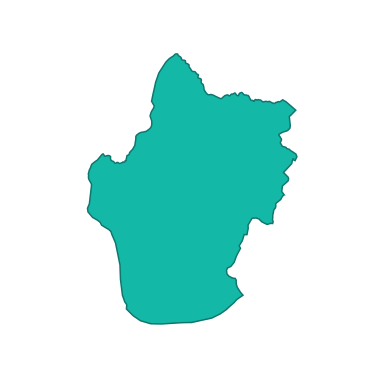 Wusab As Safil, Dhamar, Yemen (Albers equal-area conic projection), rotated 43°
{"feature_id": "15242507B36986908452393", "entity_name": "Wusab As Safil", "entity_type": "district", "adm_level": 2, "iso_a3": "YEM", "parent_name": "Yemen", "parent_adm1": "Dhamar", "projection": "albers", "projection_center": [43.602, 14.25], "detail": "fine", "context": "isolated", "style": "filled", "palette": "teal", "viewbox_px": 384, "rotation_deg": 43, "n_neighbors": 0, "source": "geoboundaries", "source_scale": "gbopen_adm2", "svg_char_len": 5889}
<svg xmlns="http://www.w3.org/2000/svg" viewBox="0 0 384 384"><g transform="rotate(43 192 192)"><path d="M299.7,232.7L295.8,232.3L290.1,230.8L287.6,229.4L285.3,227.4L284.9,226.7L284.2,226.3L283.7,226.0L283.1,225.9L282.6,225.7L280.8,227.0L279.3,227.6L276.4,228.4L273.5,228.1L270.6,225.7L270.3,224.7L269.8,223.3L271.2,219.8L270.8,214.7L268.1,208.3L266.7,203.2L265.9,200.2L264.5,199.6L263.2,199.2L262.2,194.0L261.5,192.2L259.2,187.6L261.3,185.8L261.3,185.7L259.0,182.1L258.1,180.5L255.6,178.0L254.6,173.9L253.9,170.2L254.5,169.5L255.7,168.3L256.4,167.4L259.2,166.1L263.5,166.2L268.5,164.7L269.4,164.0L270.7,161.6L272.5,160.0L271.6,158.4L269.7,157.3L268.4,155.5L267.0,154.0L266.7,153.5L264.0,149.2L263.9,146.7L263.4,146.0L263.1,145.4L262.2,144.4L261.7,144.1L261.3,143.5L261.2,142.4L261.5,140.5L262.0,136.9L261.1,133.6L261.2,131.3L261.3,131.2L258.1,130.6L257.2,130.4L254.9,127.0L254.0,125.9L254.5,121.1L254.7,118.4L254.0,117.0L253.1,116.0L252.4,115.7L251.9,115.6L245.6,115.3L245.6,103.3L243.8,100.3L243.5,99.5L243.3,99.1L243.6,98.6L244.4,99.3L246.0,98.8L244.7,94.7L242.7,93.7L242.1,93.4L238.0,94.0L235.8,94.5L234.0,94.4L233.1,94.9L231.8,95.5L230.2,95.3L226.9,97.0L223.0,95.8L221.9,92.8L221.0,92.2L220.2,92.1L219.2,91.7L216.6,91.1L216.3,90.3L216.7,88.9L217.7,86.1L219.7,82.7L220.1,81.0L220.1,78.6L218.7,76.5L211.7,70.5L211.9,68.7L212.1,61.4L198.6,61.9L198.4,62.2L198.1,62.3L197.7,62.4L196.8,62.4L196.2,62.5L195.8,62.6L195.4,62.8L195.3,63.1L195.3,63.6L195.3,64.1L195.1,64.7L194.9,65.1L194.9,65.5L194.7,66.1L194.5,66.4L194.1,66.6L193.6,66.9L193.3,67.3L193.2,67.6L193.1,68.2L193.0,68.6L192.5,68.8L192.2,69.4L192.2,69.9L192.1,70.3L192.0,70.9L191.8,71.2L191.5,71.3L191.1,71.4L190.7,71.6L190.5,71.9L190.1,72.1L189.4,72.2L188.7,72.4L187.8,72.7L187.3,72.7L186.8,72.9L186.6,73.1L186.4,73.5L186.3,73.9L185.7,74.4L185.3,74.6L184.8,74.9L183.8,75.8L183.4,76.4L183.1,77.0L182.5,77.6L182.1,77.8L181.6,77.9L180.2,77.9L179.5,78.0L179.3,78.1L178.8,78.4L178.1,79.0L177.8,79.1L177.5,79.2L177.3,79.5L177.0,80.1L176.7,80.5L176.2,80.6L175.8,80.8L175.4,81.1L175.2,81.3L175.2,81.5L175.2,81.8L175.3,82.2L175.5,82.7L175.6,83.1L175.5,83.4L175.2,83.6L174.8,83.5L174.5,83.5L174.2,83.5L173.8,83.7L173.6,83.9L173.4,84.1L173.1,84.4L172.9,84.5L172.6,84.6L172.0,84.5L171.4,84.3L170.7,84.2L170.0,83.9L169.4,83.6L168.9,83.4L168.4,83.3L167.9,83.2L167.6,83.1L167.3,83.1L167.1,83.3L166.7,83.6L166.2,83.8L165.6,84.0L164.7,84.8L164.3,85.1L163.9,85.4L163.6,85.5L162.4,85.3L161.8,85.2L161.2,85.2L160.8,85.2L160.5,85.3L160.2,85.6L160.0,86.1L159.6,86.8L159.5,87.1L159.5,87.5L159.5,88.0L159.7,88.5L159.8,88.8L160.0,89.2L160.2,89.7L160.1,90.0L159.6,90.5L159.1,90.6L158.4,90.6L157.8,90.6L157.4,90.6L156.5,90.2L156.0,90.3L155.7,90.5L155.6,90.9L155.3,91.8L155.0,92.7L154.5,93.1L154.1,93.5L154.0,94.1L154.0,94.5L154.0,95.2L154.0,95.8L153.9,96.1L153.6,96.3L152.9,96.4L152.1,96.6L151.5,97.0L151.0,97.7L151.0,98.0L150.8,98.3L150.4,98.8L150.3,99.3L150.2,100.0L150.0,101.3L149.9,103.2L149.6,103.7L149.5,103.9L149.1,104.3L143.6,106.1L142.9,106.2L141.2,106.8L139.7,107.5L138.9,108.3L138.1,109.3L137.3,109.9L136.6,110.0L135.5,109.9L134.2,109.8L132.9,109.4L131.7,109.2L130.7,108.7L129.7,107.7L128.7,107.0L127.5,106.2L126.7,105.8L124.6,105.9L124.0,105.6L123.4,105.1L123.0,104.3L122.5,103.7L121.7,103.3L120.8,103.3L120.1,103.8L119.6,104.0L119.1,104.2L118.3,104.3L117.7,103.7L117.3,102.7L117.0,102.1L116.5,101.9L116.0,102.0L115.3,102.4L114.2,102.4L113.3,102.0L112.2,102.0L111.3,102.5L110.6,103.2L110.0,103.5L108.7,103.5L107.6,103.1L106.2,102.7L105.2,102.7L104.3,102.3L103.7,101.7L103.2,101.1L101.5,101.2L100.6,101.5L100.2,101.9L99.3,101.9L98.5,101.4L98.1,100.8L97.6,100.5L96.5,100.9L95.6,101.6L95.1,102.0L94.5,102.1L93.5,101.8L92.8,101.4L92.1,101.1L91.1,101.2L90.0,101.3L89.3,101.6L88.8,101.6L88.2,101.2L87.4,100.9L86.7,101.3L86.2,101.9L85.7,102.5L85.6,105.5L85.2,106.7L84.4,110.1L84.3,114.8L85.8,123.2L86.6,127.6L90.5,136.4L93.9,142.1L94.0,142.3L96.1,145.9L97.3,147.9L97.7,148.4L98.0,149.1L99.0,150.7L99.1,150.8L100.5,153.2L105.6,154.8L106.2,155.7L106.8,157.5L107.4,160.4L107.9,161.9L108.6,163.4L109.5,165.0L110.2,165.4L114.1,167.5L115.6,169.0L116.5,170.1L117.5,171.6L117.9,173.4L117.9,175.0L117.8,175.4L117.2,178.7L115.8,180.9L114.1,183.1L113.1,185.5L112.9,187.2L112.7,188.1L113.0,189.6L114.8,191.6L118.5,197.1L119.4,201.1L119.5,202.8L119.4,203.2L119.4,203.7L119.4,204.1L119.5,204.8L119.4,205.0L119.5,205.8L119.8,206.2L120.1,206.8L120.3,207.4L120.3,208.0L120.3,208.4L119.8,209.1L119.7,209.6L119.8,210.1L120.1,210.6L120.5,211.1L121.0,211.9L121.3,212.6L121.5,213.0L122.1,213.4L122.3,213.8L122.3,214.0L122.0,214.3L121.8,214.8L122.1,215.2L122.3,215.8L122.1,216.5L121.9,216.8L121.4,216.8L121.0,217.1L121.0,217.8L120.8,218.3L120.1,219.8L119.5,220.6L118.8,220.8L118.3,220.8L117.6,221.0L116.9,221.6L116.8,222.6L116.3,223.3L115.4,223.5L114.5,223.3L113.9,223.2L112.9,223.6L111.7,224.0L110.9,223.9L109.8,223.3L109.0,222.5L108.4,221.7L107.6,221.6L106.8,221.9L106.1,222.2L105.6,222.6L104.8,223.8L104.1,225.0L103.6,225.4L102.9,225.2L102.4,225.0L101.4,224.7L100.9,224.8L100.6,226.2L100.7,228.2L101.0,233.3L100.5,235.3L99.9,239.0L99.8,240.0L100.3,241.5L100.7,242.4L101.3,243.6L101.8,245.7L103.3,248.5L103.9,249.6L104.6,250.0L105.3,250.6L105.9,251.5L106.8,252.4L107.8,253.0L109.9,253.8L111.6,254.2L112.7,254.7L113.6,255.2L113.9,255.6L122.1,266.7L124.0,269.3L124.9,270.5L126.7,275.2L129.5,277.5L130.1,277.6L136.6,278.4L141.9,277.1L145.5,276.8L148.5,277.9L153.6,276.9L156.7,276.2L159.7,276.2L162.0,277.5L162.8,277.9L163.7,278.3L170.8,281.4L181.0,288.7L189.1,294.5L189.6,295.0L189.9,295.3L190.9,296.3L199.4,304.8L211.6,315.0L218.0,318.3L220.2,318.6L221.4,319.2L223.8,322.3L233.4,322.6L242.1,321.3L251.3,316.7L252.0,316.2L255.5,313.1L259.6,309.4L266.2,302.4L273.2,295.0L278.6,289.7L278.8,289.5L280.7,287.7L292.5,270.6L295.8,261.8L297.3,254.5L297.3,254.4L297.5,251.3L298.2,244.3L298.1,241.1L298.2,239.4L299.7,232.7Z" fill="#14b8a6" stroke="#0f766e" stroke-width="1.5"/></g></svg>